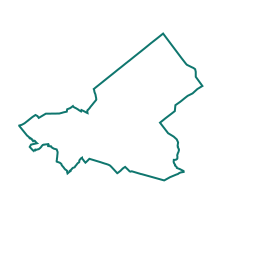 outline of Kombo Central, West Coast, Gambia, rotated 232°
{"feature_id": "56634734B211008456047", "entity_name": "Kombo Central", "entity_type": "district", "adm_level": 2, "iso_a3": "GMB", "parent_name": "Gambia", "parent_adm1": "West Coast", "projection": "robinson", "projection_center": [-16.653, 13.251], "detail": "fine", "context": "isolated", "style": "outline", "palette": "teal", "viewbox_px": 256, "rotation_deg": 232, "n_neighbors": 0, "source": "geoboundaries", "source_scale": "gbopen_adm2", "svg_char_len": 5088}
<svg xmlns="http://www.w3.org/2000/svg" viewBox="0 0 256 256"><g transform="rotate(232 128 128)"><path d="M196.9,43.8L196.6,43.6L185.0,43.8L184.2,43.8L183.4,44.0L183.2,44.1L181.9,44.3L181.2,44.3L180.9,44.2L180.5,44.2L180.3,44.3L179.9,44.4L179.9,44.7L180.1,44.9L179.8,45.0L179.3,45.1L178.9,45.3L178.7,45.4L178.4,45.2L178.1,45.2L177.7,45.1L177.3,45.2L177.0,45.2L176.5,45.1L176.0,45.1L176.0,45.3L176.1,45.5L176.1,46.0L175.9,46.1L175.7,46.3L175.5,46.5L175.3,46.6L174.9,46.6L174.7,46.7L174.2,46.6L173.9,46.7L173.4,46.7L173.0,46.8L172.5,46.8L172.0,46.9L174.6,41.4L173.6,38.9L168.9,39.3L168.8,39.5L168.7,39.6L168.4,39.7L168.0,39.7L168.1,40.0L168.0,40.5L168.0,40.8L167.9,41.0L168.0,41.4L167.4,41.4L167.4,41.9L167.4,42.2L167.3,42.3L166.8,43.6L166.3,44.6L166.3,46.2L166.3,46.6L166.4,46.8L166.5,47.8L166.6,48.2L166.8,48.6L167.0,49.5L167.0,49.9L167.1,50.4L166.9,50.8L166.9,51.1L166.6,51.6L166.3,51.9L166.1,52.5L165.8,52.9L165.2,53.9L165.0,54.2L164.8,54.6L164.5,55.1L164.4,55.3L163.9,55.3L163.7,55.1L163.5,54.8L163.4,54.6L163.3,54.2L163.1,54.0L162.9,53.9L162.7,54.1L162.4,54.7L162.2,54.9L161.9,55.0L161.5,55.3L161.3,55.6L161.2,55.9L161.1,56.0L160.9,56.1L160.7,56.0L160.4,55.9L160.1,56.0L159.4,56.1L159.1,56.2L158.8,56.2L158.6,56.4L158.3,56.5L157.6,56.7L155.3,58.4L155.0,58.6L154.1,58.3L152.3,57.7L152.1,57.5L151.8,57.2L151.1,56.6L150.9,56.4L150.6,56.1L150.0,55.5L149.7,55.2L148.9,54.5L148.7,54.3L148.2,53.8L147.8,53.3L147.2,52.8L146.5,52.1L146.1,51.6L145.9,51.5L145.6,51.2L145.4,51.1L142.8,52.8L142.6,52.9L142.1,53.0L141.9,53.1L141.7,53.1L141.4,53.2L141.2,53.2L140.9,53.3L140.6,53.3L140.4,53.2L140.2,53.2L139.6,52.9L138.7,52.9L138.0,52.9L137.7,52.9L137.5,53.0L137.2,53.0L136.2,53.0L135.8,53.0L135.4,52.9L135.1,52.9L134.7,53.0L134.3,53.0L134.1,53.0L133.9,53.0L133.5,53.2L132.9,53.4L132.4,53.5L131.9,53.6L131.6,53.6L131.1,53.2L130.9,53.0L130.7,52.9L130.4,52.7L130.0,52.6L129.6,52.5L129.4,52.4L129.4,52.9L129.5,53.1L129.5,53.3L129.5,53.6L129.5,53.8L129.5,54.1L129.5,54.3L129.5,54.6L129.5,55.9L129.5,56.2L130.1,56.1L130.1,56.5L130.1,57.3L130.2,57.9L130.2,58.1L130.2,58.3L130.4,58.6L130.4,58.9L130.5,59.6L130.5,60.1L130.2,60.8L129.9,61.8L130.3,62.8L130.5,63.5L130.5,63.8L130.6,64.2L130.7,64.6L131.2,66.5L131.2,67.3L131.1,67.8L131.2,68.6L132.4,69.7L132.5,70.0L132.6,70.4L132.7,70.7L132.7,70.9L132.8,71.4L132.9,71.8L133.0,72.2L133.0,72.9L132.9,73.5L132.6,73.3L132.2,73.2L131.9,73.1L131.1,73.1L129.9,73.1L129.5,73.1L129.0,73.0L128.2,73.1L127.3,73.1L126.9,73.1L126.9,74.1L127.0,74.7L127.1,75.8L127.5,78.6L117.6,85.6L117.4,85.7L116.7,86.2L116.5,86.3L115.3,87.1L113.7,88.2L113.2,88.6L111.2,89.9L109.8,90.6L108.9,90.8L107.4,91.0L104.0,91.3L99.0,91.7L98.9,92.5L98.9,93.0L98.9,95.3L98.9,95.6L98.9,96.0L99.0,96.6L99.1,97.1L99.2,98.0L99.2,98.6L99.3,98.8L99.3,99.3L99.3,99.8L99.2,100.5L99.2,100.9L99.2,101.2L99.1,101.8L98.3,101.9L97.6,102.0L97.1,102.1L96.2,102.2L95.0,102.4L94.6,102.4L93.7,102.5L93.2,102.6L92.9,102.6L92.7,102.7L92.0,103.2L91.6,104.3L83.7,109.9L83.4,110.2L83.3,110.3L76.0,115.7L66.1,123.0L64.6,124.1L64.4,124.3L63.6,129.3L63.4,130.7L61.6,137.3L61.0,139.0L61.0,140.3L60.9,140.5L60.7,141.6L60.6,142.0L59.1,144.8L59.5,145.1L59.9,145.3L63.8,143.5L64.6,143.0L66.5,141.9L66.7,142.0L67.1,142.2L67.4,142.3L67.7,142.3L67.9,142.3L68.4,142.1L68.7,142.0L69.0,142.0L69.3,142.0L69.6,142.0L69.8,142.1L70.0,142.3L70.1,142.5L71.8,142.6L73.2,143.1L74.7,144.5L74.2,145.1L73.9,145.5L73.8,145.9L73.6,146.2L73.5,146.4L73.4,146.6L73.4,146.9L73.4,147.2L73.4,147.5L73.5,147.9L73.6,148.1L73.9,148.3L74.0,148.5L74.4,148.8L74.6,149.0L74.8,149.1L75.1,149.4L75.3,149.5L75.5,149.6L75.8,149.7L76.1,149.9L76.4,150.2L76.6,150.5L76.8,150.9L77.0,151.2L77.4,151.6L77.5,151.9L77.7,152.3L77.8,152.6L78.3,153.3L78.5,153.6L78.8,154.0L79.2,154.5L79.7,154.7L79.9,155.0L82.4,155.5L82.7,156.0L83.4,156.1L85.8,158.6L89.0,159.4L93.1,158.7L98.7,156.6L99.1,156.4L99.3,156.4L112.5,156.5L112.6,163.5L112.5,172.3L112.5,175.3L116.8,179.4L116.5,185.1L116.5,187.0L116.6,191.0L116.6,194.8L115.5,200.2L115.7,202.8L116.0,206.7L115.3,212.5L126.6,212.9L130.6,216.0L133.0,217.1L135.1,216.5L136.0,216.0L139.5,214.3L141.6,213.3L142.9,213.2L149.8,213.2L160.4,213.4L180.8,213.8L180.7,205.8L180.7,198.4L180.6,194.2L180.5,189.0L180.4,178.2L180.3,171.5L180.3,166.9L180.2,160.2L180.2,155.7L180.1,151.4L180.1,150.3L180.0,141.4L179.8,125.0L179.0,124.8L177.5,124.0L176.9,123.7L176.4,123.6L176.2,123.5L175.7,123.3L175.2,123.2L174.7,123.1L174.1,122.8L173.9,122.7L173.5,122.5L172.6,122.0L171.5,121.5L171.2,121.3L170.8,121.1L170.4,120.7L169.9,120.5L169.8,120.3L169.7,120.1L169.4,118.8L168.8,116.0L168.4,114.4L167.7,111.1L167.5,110.8L166.9,107.8L167.0,107.7L166.9,106.9L166.3,106.2L164.7,105.3L165.8,104.7L166.6,104.4L168.2,103.7L170.8,102.4L170.0,101.2L172.9,100.1L173.3,100.1L174.8,99.5L175.6,99.2L177.2,98.4L178.5,98.0L179.2,98.1L179.2,96.8L179.2,96.1L179.2,95.6L179.3,95.3L179.3,94.7L179.4,94.2L179.5,93.9L180.2,91.6L178.6,89.8L180.0,86.9L180.7,85.1L181.1,84.2L181.7,82.8L182.4,81.9L183.2,80.8L189.9,72.0L189.9,71.9L190.9,63.9L193.1,64.0L195.2,63.1L195.5,59.6L195.5,58.8L195.4,49.4L195.6,48.1L195.9,46.3L196.9,43.8Z" fill="none" stroke="#0f766e" stroke-width="2"/></g></svg>